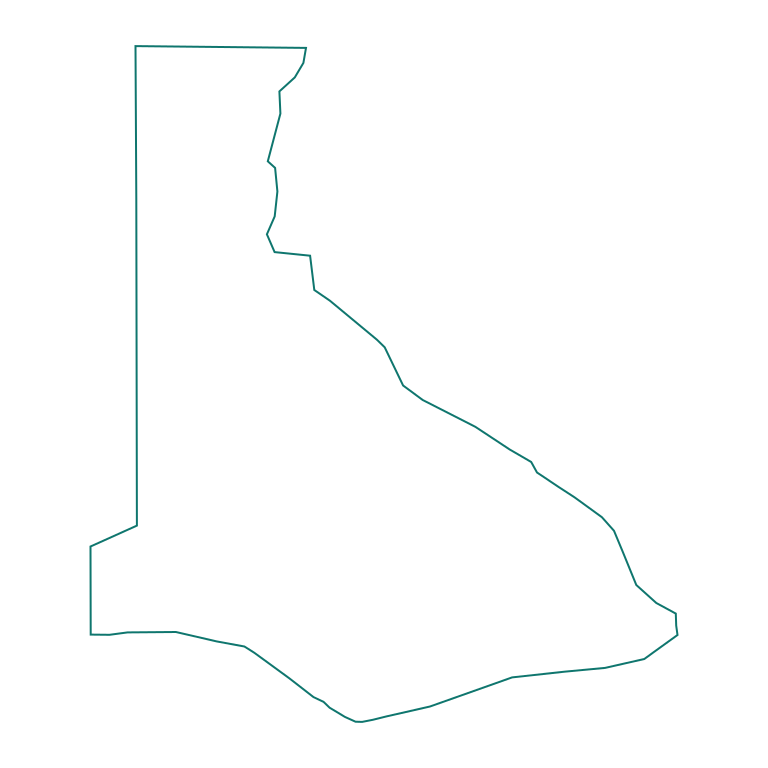 the district of Tassara, Tahoua, Niger
{"feature_id": "23599985B43997741220428", "entity_name": "Tassara", "entity_type": "district", "adm_level": 2, "iso_a3": "NER", "parent_name": "Niger", "parent_adm1": "Tahoua", "projection": "orthographic", "projection_center": [5.154, 17.489], "detail": "fine", "context": "isolated", "style": "outline", "palette": "teal", "viewbox_px": 768, "rotation_deg": 0, "n_neighbors": 0, "source": "geoboundaries", "source_scale": "gbopen_adm2", "svg_char_len": 840}
<svg xmlns="http://www.w3.org/2000/svg" viewBox="0 0 768 768"><path d="M430.0,706.5L512.1,677.4L564.4,671.7L605.1,667.9L644.3,659.0L654.2,651.8L677.5,635.0L676.2,625.6L675.8,613.6L656.3,603.0L636.3,585.0L623.0,552.4L614.0,530.8L601.9,517.2L574.5,497.3L558.8,487.1L537.0,472.5L531.2,462.0L509.7,449.5L475.3,426.8L422.7,400.0L403.1,385.5L384.7,347.3L376.9,339.7L329.9,300.7L314.3,290.0L310.1,255.7L274.6,252.1L266.9,234.3L274.7,216.4L277.4,191.5L275.1,167.9L267.8,161.3L280.4,113.6L279.4,91.4L294.8,77.4L303.4,62.9L306.0,47.9L135.5,46.1L136.3,199.0L136.9,525.6L90.5,546.5L90.7,634.6L109.5,634.8L127.6,632.4L175.9,632.0L216.6,641.4L244.4,646.5L254.2,652.7L268.9,663.4L289.3,678.3L313.5,697.1L323.6,701.9L329.6,707.7L344.9,716.9L355.5,721.7L362.1,721.9L372.8,719.8L386.5,716.4L430.0,706.5Z" fill="none" stroke="#0f766e" stroke-width="2"/></svg>